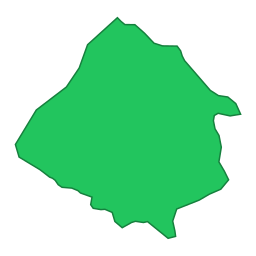 the Province of Kirsehir
{"feature_id": "TUR-2286", "entity_name": "Kirsehir", "entity_type": "Province", "adm_level": 1, "iso_a3": "TUR", "parent_name": "Turkey", "parent_adm1": "", "projection": "robinson", "projection_center": [34.21, 39.339], "detail": "fine", "context": "isolated", "style": "filled", "palette": "green", "viewbox_px": 256, "rotation_deg": 0, "n_neighbors": 0, "source": "natural_earth", "source_scale": "10m", "svg_char_len": 840}
<svg xmlns="http://www.w3.org/2000/svg" viewBox="0 0 256 256"><path d="M90.7,204.7L92.0,197.1L80.5,193.0L77.9,190.6L71.8,188.1L62.0,187.3L58.2,184.7L55.2,180.3L52.6,178.3L49.6,177.1L40.0,169.7L19.1,157.1L15.4,144.5L36.3,110.0L66.4,87.0L79.2,68.0L87.6,44.7L117.4,17.7L121.0,21.4L124.9,24.6L134.9,24.7L144.5,33.2L154.0,43.2L162.5,45.9L177.1,46.1L180.6,50.8L182.2,56.0L184.6,60.7L210.3,90.4L218.4,95.6L227.8,97.0L235.8,103.6L240.6,114.2L230.1,115.9L218.1,113.3L214.3,115.5L213.4,120.7L215.0,128.8L219.0,135.5L221.3,147.2L218.9,161.9L224.3,171.1L228.6,179.8L220.8,189.2L209.3,194.2L199.2,200.1L176.7,209.0L172.7,221.1L174.9,231.1L175.6,236.4L168.1,238.3L147.5,221.6L143.5,222.5L135.4,221.3L131.5,222.5L122.2,227.7L114.9,221.5L112.2,212.4L104.9,209.3L100.9,209.6L93.2,208.3L90.7,204.7Z" fill="#22c55e" stroke="#15803d" stroke-width="1.5"/></svg>